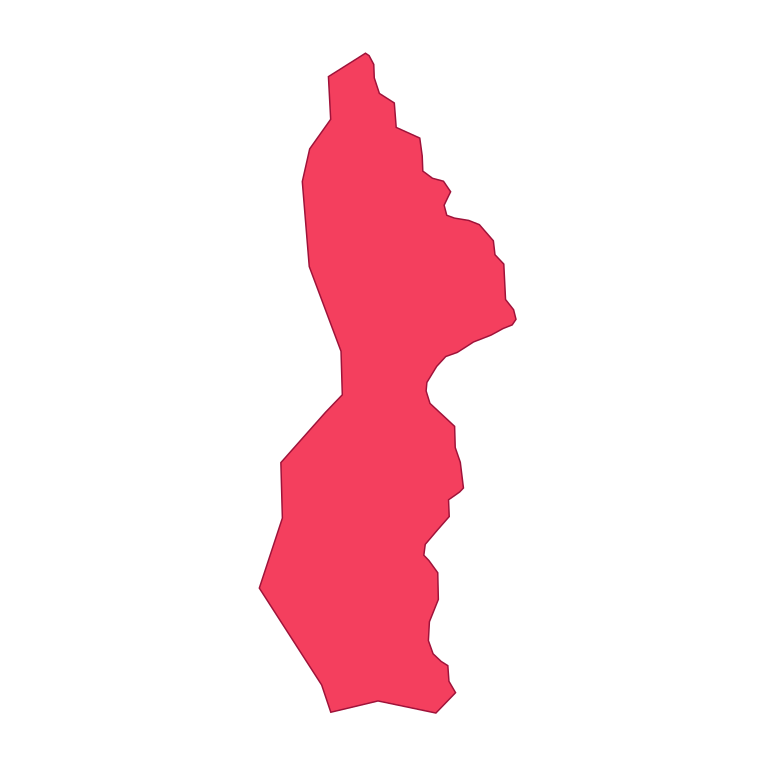 the district of Casupá, Florida, Uruguay, rotated 357°
{"feature_id": "84410073B34818578837799", "entity_name": "Casupá", "entity_type": "district", "adm_level": 2, "iso_a3": "URY", "parent_name": "Uruguay", "parent_adm1": "Florida", "projection": "mercator", "projection_center": [-55.622, -34.095], "detail": "fine", "context": "isolated", "style": "filled", "palette": "rose", "viewbox_px": 768, "rotation_deg": 357, "n_neighbors": 0, "source": "geoboundaries", "source_scale": "gbopen_adm2", "svg_char_len": 1028}
<svg xmlns="http://www.w3.org/2000/svg" viewBox="0 0 768 768"><g transform="rotate(357 384 384)"><path d="M439.3,696.0L433.3,684.3L433.0,668.6L426.5,664.0L418.9,656.0L414.9,642.6L416.9,623.8L427.0,602.0L427.8,575.3L419.5,562.5L414.8,557.1L416.8,546.3L430.1,532.2L442.2,519.8L442.4,503.0L453.9,495.8L457.9,492.0L456.1,466.2L451.8,451.2L452.3,430.0L428.9,405.8L425.7,393.2L426.9,384.7L437.5,369.2L447.1,359.8L459.0,356.2L475.6,346.7L493.6,340.7L505.9,334.8L515.1,331.7L519.2,326.3L517.3,316.6L509.8,306.0L509.9,270.5L501.6,260.7L500.7,246.7L487.6,229.9L477.2,225.1L463.0,222.0L455.5,218.8L453.4,208.6L457.7,200.7L460.6,195.5L454.0,184.6L443.2,181.1L433.9,173.4L434.1,158.3L432.6,140.3L409.6,128.4L409.0,103.9L394.6,93.6L390.3,77.8L390.5,64.3L386.3,55.3L382.8,52.7L366.4,61.9L344.6,74.1L344.6,116.9L322.1,145.3L313.0,177.6L315.5,262.8L342.8,349.1L341.8,392.6L324.2,409.1L276.9,457.1L275.5,512.6L248.8,581.3L306.0,681.3L313.7,709.0L361.4,700.2L418.6,715.3L439.3,696.0Z" fill="#f43f5e" stroke="#9f1239" stroke-width="1.5"/></g></svg>